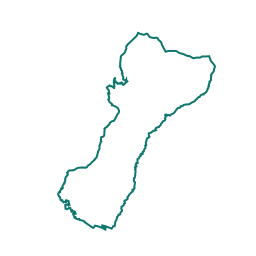 outline of Baia De Fier, Gorj, Romania, rotated 33°
{"feature_id": "2599482B13335657184953", "entity_name": "Baia De Fier", "entity_type": "district", "adm_level": 2, "iso_a3": "ROU", "parent_name": "Romania", "parent_adm1": "Gorj", "projection": "robinson", "projection_center": [23.743, 45.243], "detail": "fine", "context": "isolated", "style": "outline", "palette": "teal", "viewbox_px": 256, "rotation_deg": 33, "n_neighbors": 0, "source": "geoboundaries", "source_scale": "gbopen_adm2", "svg_char_len": 5872}
<svg xmlns="http://www.w3.org/2000/svg" viewBox="0 0 256 256"><g transform="rotate(33 128 128)"><path d="M153.2,230.8L153.5,229.7L153.5,227.9L153.9,227.7L157.3,226.5L160.6,225.8L164.3,225.5L163.4,223.4L160.0,224.4L159.5,223.7L163.5,222.4L169.1,221.3L169.1,218.4L169.6,217.8L170.2,217.6L169.5,215.5L168.9,214.8L168.4,212.8L168.4,211.4L167.9,210.5L167.8,209.4L167.3,208.5L167.5,207.6L167.3,205.8L168.2,205.3L168.4,204.8L168.3,204.2L168.0,203.8L167.8,202.6L168.1,200.8L167.6,200.0L166.3,199.4L165.9,198.2L165.4,197.5L166.3,195.6L166.4,194.6L166.0,193.7L166.4,192.8L165.5,191.8L164.9,191.6L164.8,191.1L164.8,190.7L165.7,189.3L166.3,187.8L166.1,187.2L165.5,186.9L165.2,186.3L165.5,184.9L165.3,184.2L165.5,182.3L166.1,179.6L166.6,178.7L166.2,177.9L165.4,177.6L165.3,177.4L166.3,176.6L166.4,176.1L166.1,175.6L166.2,174.7L165.5,174.2L163.5,169.8L161.8,169.2L160.6,167.3L160.3,166.8L160.7,166.2L160.5,165.3L160.0,164.5L159.9,163.8L158.8,162.2L158.4,160.9L157.6,159.8L156.7,159.2L156.8,158.4L156.5,158.0L155.3,157.5L155.2,157.2L155.9,156.3L156.0,155.4L155.6,155.0L154.8,155.1L154.5,154.8L154.4,153.9L154.0,153.1L154.1,152.8L155.2,152.2L153.0,149.3L152.9,149.0L153.1,148.3L153.8,147.5L153.3,146.1L153.9,144.3L153.0,143.7L152.9,142.7L153.2,142.4L154.4,141.8L153.4,140.5L153.4,140.0L153.9,139.6L153.9,138.7L153.2,136.8L153.4,136.2L153.3,135.5L153.4,134.9L152.7,134.2L152.5,133.6L152.0,133.3L152.6,132.4L150.9,130.6L150.6,129.9L150.5,128.5L150.0,127.8L149.7,126.0L150.5,125.0L150.3,124.4L150.8,123.7L148.8,122.1L148.3,121.1L149.1,120.4L150.0,119.0L150.5,116.9L151.3,116.1L151.9,115.7L152.7,114.6L151.6,114.1L151.5,112.6L152.1,111.9L152.4,111.1L153.4,110.4L153.3,109.4L153.8,108.1L153.4,106.3L153.7,105.4L153.7,103.1L154.7,101.9L154.6,100.3L153.6,99.6L153.6,98.1L153.2,97.5L152.1,96.9L152.0,96.5L152.5,96.0L154.1,96.1L154.3,95.3L154.6,95.0L156.3,94.9L156.6,93.4L157.1,93.0L157.2,92.5L158.0,91.2L158.5,89.9L158.6,88.3L158.5,86.5L158.8,85.8L158.7,85.3L158.9,84.0L160.6,82.6L160.7,81.7L160.4,81.0L162.0,79.5L162.1,78.3L162.4,77.9L163.5,77.2L164.0,76.5L165.6,75.4L166.7,74.4L166.8,73.6L169.5,68.7L169.3,67.7L170.0,66.4L169.9,65.3L170.2,64.7L170.3,63.7L171.2,63.0L171.1,60.8L172.2,59.3L173.2,58.6L172.8,58.0L173.9,56.2L174.0,54.9L174.0,53.5L173.4,51.7L173.7,51.1L173.3,50.5L173.3,49.6L172.7,49.2L172.9,48.4L172.2,47.7L171.9,46.8L172.0,45.9L171.7,45.7L171.7,45.2L171.0,44.7L171.5,43.3L171.5,42.5L170.4,41.0L169.7,39.5L169.2,38.9L169.1,38.2L168.6,37.8L168.9,36.3L168.7,35.6L169.0,34.7L168.9,33.2L168.1,31.6L167.9,30.4L167.3,28.9L166.4,28.3L160.8,26.5L157.0,23.6L154.4,25.6L151.8,27.2L151.1,27.8L150.3,29.4L149.6,30.1L148.5,30.7L146.6,32.1L144.7,34.0L140.3,34.2L138.7,35.2L133.3,36.0L131.5,36.8L129.4,37.2L127.1,37.1L125.8,37.5L120.1,41.2L118.0,43.5L111.2,39.8L108.9,37.9L106.0,37.6L104.2,36.7L103.3,36.6L102.6,36.8L100.5,38.6L96.9,39.9L95.6,39.6L93.2,38.5L92.3,38.7L91.8,39.2L91.2,40.5L90.1,41.4L87.3,42.3L84.6,42.8L84.8,43.5L85.1,46.3L82.1,58.6L82.4,59.2L82.0,60.0L82.3,60.9L83.3,62.3L84.1,65.8L84.1,67.1L83.7,69.0L83.1,70.5L83.1,71.9L86.4,78.4L87.3,79.5L87.6,80.7L88.0,80.5L88.9,81.7L89.4,82.1L89.6,81.9L90.9,83.2L91.9,83.3L92.8,84.5L93.2,85.6L93.7,85.3L94.9,87.1L95.6,87.4L96.5,88.0L96.9,89.2L97.5,89.8L98.0,89.9L99.0,89.5L99.9,89.7L100.3,89.2L100.2,88.4L100.5,88.8L102.1,89.3L101.2,91.9L101.1,93.4L100.3,94.5L99.7,94.6L99.1,93.5L98.0,93.3L98.0,93.8L97.3,94.2L97.3,94.7L96.8,94.6L96.6,95.5L95.8,95.8L95.5,96.3L94.5,96.0L94.2,96.1L94.3,96.5L93.0,96.3L93.0,95.8L91.8,95.6L91.8,95.9L92.6,96.3L92.3,96.5L91.8,96.3L90.5,94.8L90.3,93.4L90.0,93.2L89.8,93.3L89.7,93.8L90.3,95.8L91.0,97.3L91.8,98.0L92.7,99.3L93.2,99.4L94.0,100.5L94.6,102.0L94.3,102.1L91.6,101.7L91.5,102.1L90.4,102.5L89.4,102.3L88.1,105.5L89.2,106.2L90.8,106.6L91.8,107.2L92.2,107.6L92.4,108.4L93.8,109.2L93.4,110.4L93.1,110.4L95.2,112.2L96.2,113.8L96.3,114.7L96.1,114.9L97.4,115.7L98.2,116.2L101.7,116.7L102.1,117.7L102.8,117.3L106.7,116.7L109.1,117.0L111.3,118.6L111.9,120.2L111.7,122.7L112.3,127.6L112.2,129.9L110.9,131.1L110.0,133.2L109.9,133.9L110.4,134.6L110.4,135.1L110.0,135.8L110.1,136.7L109.6,137.5L109.8,138.5L108.7,140.7L108.6,141.4L109.3,142.0L110.3,144.2L111.3,145.6L112.1,147.6L112.0,148.2L111.6,149.3L110.8,149.8L110.6,150.2L110.7,151.0L111.6,152.2L111.8,153.0L113.0,153.9L112.7,154.8L113.4,156.5L113.4,157.1L113.7,157.6L113.8,158.7L115.1,160.4L115.5,161.4L115.7,162.5L115.6,163.7L116.1,164.7L116.5,166.5L117.2,167.8L117.1,168.6L117.7,169.7L117.4,171.3L117.1,171.6L117.4,172.6L117.1,173.3L117.0,174.5L116.3,176.3L116.0,179.1L115.1,180.7L114.8,181.9L114.9,182.8L114.7,183.6L114.1,184.1L113.9,184.6L112.7,185.0L111.8,185.9L110.8,186.1L110.3,186.8L108.1,188.3L106.6,190.4L106.2,191.8L105.2,193.0L105.0,193.5L104.2,193.8L103.6,194.5L102.0,195.4L101.4,196.5L101.6,197.6L101.2,198.6L102.9,199.6L102.9,200.5L102.6,201.0L102.9,201.9L102.6,202.4L102.7,203.9L103.2,204.8L103.2,205.4L104.2,206.5L104.3,207.7L104.8,208.3L104.3,209.2L104.8,210.0L104.6,210.6L104.6,211.9L105.0,213.1L105.3,213.5L106.0,213.7L106.1,214.2L106.0,214.5L105.3,214.6L105.0,214.9L105.5,215.6L105.1,216.0L105.3,216.5L105.3,217.9L106.0,218.6L105.1,219.6L105.5,220.0L105.2,220.9L105.6,221.7L107.4,223.0L108.0,222.8L108.5,223.0L110.8,225.1L111.9,224.4L112.2,224.4L112.5,224.9L112.7,224.7L113.0,225.1L114.3,225.4L114.3,225.0L116.5,223.7L116.4,223.2L115.4,222.6L115.4,222.3L117.8,221.6L120.7,224.4L119.4,224.9L118.9,224.8L118.6,225.1L119.0,225.4L118.5,225.4L118.2,225.7L117.8,226.1L117.3,226.3L117.2,226.7L119.6,229.7L120.2,229.3L121.0,229.3L122.0,227.7L122.0,227.2L123.0,226.4L125.0,228.0L125.7,227.3L126.2,227.7L125.3,228.2L126.3,229.0L127.4,227.9L128.3,228.3L128.8,228.0L128.1,227.3L128.4,227.2L129.1,227.8L129.5,227.4L130.7,228.4L128.8,230.0L132.2,232.4L133.0,232.3L132.1,231.6L132.4,231.3L133.4,232.3L135.1,232.1L136.7,230.8L137.5,231.5L140.8,230.2L142.6,230.1L142.8,230.6L143.5,230.6L153.2,230.8Z" fill="none" stroke="#0f766e" stroke-width="2"/></g></svg>